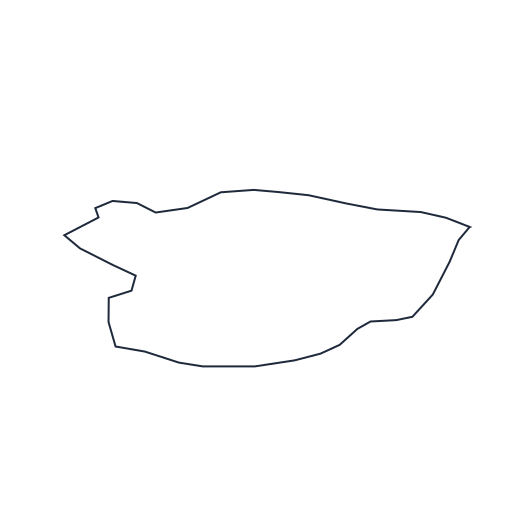 outline of Pano Polemidia, Limassol, Cyprus, rotated 310°
{"feature_id": "46923920B12019442550554", "entity_name": "Pano Polemidia", "entity_type": "district", "adm_level": 2, "iso_a3": "CYP", "parent_name": "Cyprus", "parent_adm1": "Limassol", "projection": "robinson", "projection_center": [32.992, 34.711], "detail": "fine", "context": "isolated", "style": "outline", "palette": "slate", "viewbox_px": 512, "rotation_deg": 310, "n_neighbors": 0, "source": "geoboundaries", "source_scale": "gbopen_adm2", "svg_char_len": 632}
<svg xmlns="http://www.w3.org/2000/svg" viewBox="0 0 512 512"><g transform="rotate(310 256 256)"><path d="M415.6,401.1L407.4,376.9L395.6,354.0L369.7,319.1L354.6,292.0L336.3,257.1L319.3,231.9L305.2,211.8L282.2,188.1L248.8,172.7L224.8,151.2L220.0,130.7L205.9,110.7L189.4,102.1L184.3,110.6L148.7,95.8L148.7,116.3L157.1,152.2L163.6,176.5L149.4,182.9L129.3,170.1L110.6,185.5L96.4,206.6L111.3,232.2L124.8,265.5L137.1,286.0L170.6,326.0L200.8,352.6L222.7,368.2L241.7,377.2L265.3,380.5L279.4,385.8L297.1,404.7L310.0,414.9L340.2,416.2L376.2,408.0L398.5,401.0L415.4,401.0L415.6,401.1Z" fill="none" stroke="#1e293b" stroke-width="2"/></g></svg>